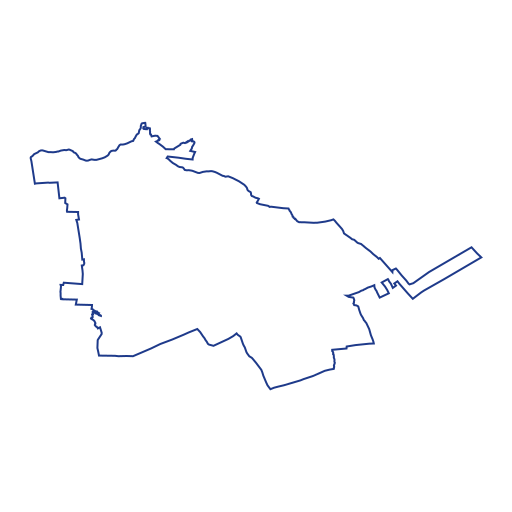 the district of Malusteni, Vaslui, Romania
{"feature_id": "2599482B23513240550687", "entity_name": "Malusteni", "entity_type": "district", "adm_level": 2, "iso_a3": "ROU", "parent_name": "Romania", "parent_adm1": "Vaslui", "projection": "natural_earth1", "projection_center": [27.912, 46.177], "detail": "fine", "context": "isolated", "style": "outline", "palette": "blue", "viewbox_px": 512, "rotation_deg": 0, "n_neighbors": 0, "source": "geoboundaries", "source_scale": "gbopen_adm2", "svg_char_len": 5947}
<svg xmlns="http://www.w3.org/2000/svg" viewBox="0 0 512 512"><path d="M481.3,257.4L477.2,253.5L471.5,247.3L429.1,272.0L413.3,283.2L409.5,284.4L408.5,283.6L406.3,280.6L401.7,275.5L397.1,269.8L395.9,268.5L392.5,270.1L392.4,272.1L379.9,258.0L378.7,258.8L377.0,257.1L373.3,254.2L370.5,251.5L366.1,248.2L361.1,244.0L358.2,243.1L357.4,242.7L354.2,239.8L352.0,239.2L350.6,238.0L344.4,233.7L344.0,233.4L343.2,231.0L342.0,229.0L336.3,222.6L334.9,220.8L333.4,219.4L331.2,220.2L325.2,221.6L317.4,222.7L313.4,222.8L304.9,222.3L299.1,222.2L297.2,221.2L296.0,219.7L295.1,219.2L295.3,218.8L295.1,218.6L294.4,218.4L293.5,217.7L293.4,217.0L292.6,216.6L292.5,215.5L291.5,213.9L290.9,212.3L289.6,210.7L289.5,210.2L289.0,209.6L288.5,208.5L283.2,208.2L271.1,206.7L269.5,206.9L268.8,206.2L268.0,205.8L260.0,204.2L256.9,203.0L256.7,202.6L256.8,202.4L258.0,200.5L258.9,198.8L257.9,198.3L255.4,197.7L253.3,196.5L251.8,196.0L251.1,194.9L251.0,193.2L250.6,192.1L248.9,191.2L247.8,190.3L247.3,189.4L247.2,188.7L246.8,187.7L245.9,186.5L244.3,184.8L239.0,181.3L232.7,178.1L228.2,176.3L225.4,176.7L223.9,176.0L222.6,175.8L216.9,172.8L215.0,172.0L212.6,171.3L211.2,171.1L208.0,171.4L206.9,171.3L202.9,171.9L199.5,173.0L197.9,172.9L192.4,170.8L190.9,170.5L188.8,170.2L186.6,170.3L184.7,169.9L184.0,168.8L183.1,167.7L182.2,167.3L179.5,167.0L177.8,166.2L176.1,164.9L172.8,163.0L170.3,160.9L168.7,159.3L167.3,158.3L166.7,158.1L167.7,156.5L178.5,157.7L186.0,158.8L192.6,159.5L192.7,157.8L194.2,153.9L195.1,152.0L190.3,150.9L191.8,148.5L192.2,146.7L192.9,145.8L194.3,143.3L194.5,142.5L194.3,141.9L193.6,141.4L191.9,141.4L191.6,141.2L191.5,140.2L192.2,139.9L192.1,139.1L190.7,139.5L190.1,140.3L189.0,141.1L187.4,142.1L187.4,141.5L185.0,143.1L183.3,142.7L181.0,143.6L180.5,144.0L180.3,144.8L174.3,148.5L173.9,149.3L165.7,149.2L163.0,146.7L159.4,144.0L157.8,143.0L156.0,141.6L159.0,140.3L158.6,139.7L159.8,138.9L157.5,135.9L155.1,135.7L151.6,136.4L151.0,134.5L150.4,134.5L150.2,134.2L150.0,133.1L150.1,131.6L149.9,130.7L150.0,129.3L149.9,128.3L149.6,128.2L147.7,128.5L147.7,127.8L146.9,127.8L146.7,127.9L146.8,129.2L145.9,129.2L143.7,128.9L143.3,128.5L143.4,127.1L145.2,126.7L145.6,126.3L145.3,122.9L145.2,122.8L142.1,123.3L141.6,123.7L140.8,126.0L140.8,127.9L140.1,129.2L139.3,130.2L138.7,133.2L137.6,134.1L136.8,134.5L136.1,135.8L135.8,136.2L134.9,138.1L133.9,139.2L133.2,140.9L131.5,141.3L127.1,143.4L124.7,144.2L123.1,144.5L120.6,144.5L119.5,145.2L118.1,147.4L117.6,148.4L117.1,149.2L116.4,149.6L116.0,150.3L115.2,150.7L113.3,150.6L111.6,150.9L111.1,151.1L109.8,152.3L109.4,152.8L108.6,154.6L107.6,155.6L104.8,157.3L102.2,158.3L96.3,159.9L94.6,159.9L91.6,159.4L90.1,159.8L88.0,160.6L86.6,160.7L85.8,160.6L83.3,159.6L80.4,158.8L79.5,158.2L78.4,157.0L77.9,155.8L76.6,154.4L76.3,153.7L75.2,152.9L73.9,152.4L73.5,152.1L73.0,151.3L72.3,150.9L69.8,149.8L68.9,149.5L66.2,150.2L64.3,150.0L60.8,150.6L58.4,151.5L57.5,151.5L56.2,151.9L53.1,152.3L50.4,152.1L48.3,152.1L42.6,150.4L41.0,150.4L39.2,151.1L37.8,152.4L34.2,154.1L32.5,156.0L30.9,157.1L30.7,157.6L30.7,158.4L31.4,161.2L34.9,183.7L36.3,183.4L48.2,182.6L49.5,182.8L57.6,182.4L59.4,198.3L64.6,197.7L65.4,198.3L65.2,203.0L67.5,204.4L67.2,208.3L67.0,209.5L66.9,211.0L67.1,211.8L78.1,212.0L78.1,214.4L79.0,219.5L76.3,219.9L77.3,223.0L79.7,237.9L80.5,243.6L80.9,248.6L81.7,252.7L82.3,259.6L83.9,259.3L84.0,261.8L84.3,262.9L84.2,263.8L83.4,265.3L81.8,265.5L82.5,270.5L82.8,274.0L82.2,284.1L63.8,282.7L63.2,285.0L60.6,284.9L61.0,286.4L60.5,291.4L60.4,291.9L60.6,292.8L60.6,295.7L60.9,298.9L61.9,298.9L61.8,299.2L62.9,299.3L76.8,299.6L75.8,304.6L92.0,305.0L91.9,307.0L91.5,308.9L92.6,309.2L93.2,309.9L95.7,311.3L97.1,311.5L97.3,311.7L97.3,312.2L97.5,312.5L98.8,313.1L98.2,313.7L98.3,314.0L100.9,315.6L100.9,315.9L98.8,315.2L98.4,314.5L97.8,314.3L96.8,313.4L96.5,313.6L96.0,313.2L95.5,313.4L93.5,311.8L92.9,311.7L92.6,312.0L93.1,312.8L92.8,313.5L92.9,313.9L91.7,313.6L92.0,313.8L92.1,314.6L92.5,315.5L92.4,316.3L92.7,316.8L92.6,317.4L92.0,318.0L91.5,318.3L91.2,318.1L91.0,318.5L91.2,318.8L93.3,320.0L94.3,320.9L95.3,322.8L95.3,323.2L95.1,323.7L95.3,323.9L94.9,324.5L94.8,325.0L95.6,326.1L96.1,326.6L96.6,326.7L97.0,327.3L97.5,327.5L97.9,328.4L100.0,327.3L101.7,332.8L101.6,334.1L97.9,339.7L97.7,340.2L97.4,348.0L98.3,352.1L99.0,355.6L115.0,355.8L118.4,356.2L126.5,356.0L133.0,356.2L151.2,348.4L160.3,344.0L172.3,339.5L183.7,334.7L188.8,332.4L197.3,329.0L200.2,332.1L203.0,336.3L204.5,338.2L205.6,340.2L206.7,341.6L207.9,343.8L209.0,344.6L213.5,345.8L228.4,338.9L233.2,336.1L236.6,333.4L237.6,334.7L240.3,336.6L240.7,337.2L242.9,343.7L243.7,345.5L244.8,347.4L246.4,352.0L247.1,353.3L249.3,356.3L251.8,357.8L252.7,358.8L256.1,362.9L261.3,369.8L262.3,372.3L263.3,375.6L266.2,382.5L267.5,385.3L270.4,389.2L274.1,387.7L278.3,386.6L283.8,385.3L300.4,380.4L303.6,379.1L313.0,376.0L324.8,370.8L329.7,369.6L333.8,368.9L333.9,368.6L333.8,367.9L334.1,367.4L334.0,366.7L334.2,366.2L333.9,365.5L334.0,365.1L334.4,364.0L334.6,363.8L334.8,362.6L334.4,361.8L334.5,359.8L334.2,358.5L333.8,357.7L333.9,356.9L333.8,356.4L333.8,356.0L333.7,354.8L333.1,354.2L333.3,353.4L333.1,353.1L333.2,352.5L333.0,352.0L332.2,351.1L332.2,349.8L346.5,348.5L346.7,346.5L355.4,345.1L369.1,343.7L373.8,343.5L373.4,341.7L372.7,339.6L370.9,335.2L369.2,329.1L366.3,323.0L365.2,321.7L364.7,320.9L363.9,320.2L363.1,318.2L361.1,315.0L360.5,313.7L359.2,309.9L358.3,306.6L358.1,306.3L356.4,305.4L354.2,305.1L353.8,304.1L353.5,303.7L353.4,303.4L353.9,302.9L354.0,302.4L353.9,301.8L354.3,300.2L353.7,298.3L353.3,297.6L348.7,296.9L346.7,295.7L348.5,295.7L358.9,292.1L361.3,290.7L363.3,290.1L364.2,289.4L365.1,289.1L367.8,287.6L371.5,286.4L374.3,285.2L374.5,287.4L375.6,289.7L376.4,290.7L377.1,292.4L379.7,297.6L388.8,293.3L387.2,290.0L385.0,286.5L381.7,282.5L387.9,279.1L388.4,279.8L389.0,281.2L390.9,283.7L392.8,287.9L396.0,285.6L394.3,283.5L397.5,281.3L399.4,283.8L407.9,293.5L412.8,298.8L421.2,292.4L424.1,290.5L444.4,279.0L481.3,257.4Z" fill="none" stroke="#1e3a8a" stroke-width="2"/></svg>